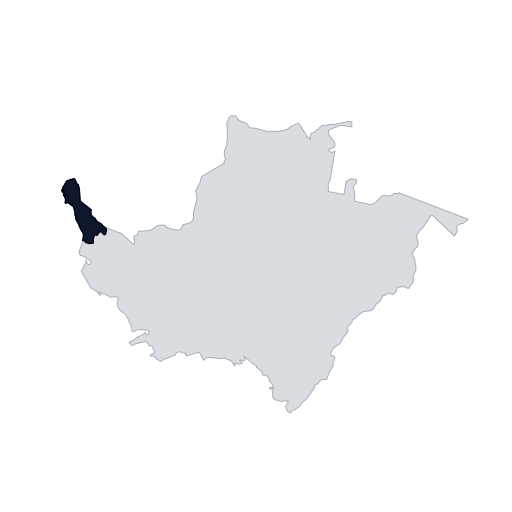 Colombia, with La Guajira highlighted, rotated 280°
{"feature_id": "COL-1318", "entity_name": "La Guajira", "entity_type": "Department", "adm_level": 1, "iso_a3": "COL", "parent_name": "Colombia", "parent_adm1": "", "projection": "orthographic", "projection_center": [-72.284, 11.434], "detail": "fine", "context": "in_parent", "style": "filled", "palette": "ink", "viewbox_px": 512, "rotation_deg": 280, "n_neighbors": 0, "source": "natural_earth", "source_scale": "10m", "svg_char_len": 7107}
<svg xmlns="http://www.w3.org/2000/svg" viewBox="0 0 512 512"><g transform="rotate(280 256 256)"><path d="M295.4,68.3L290.2,70.5L280.1,73.2L273.1,84.7L268.4,86.7L262.5,93.6L258.1,102.0L254.8,119.2L246.0,133.8L246.7,134.4L250.2,133.8L253.5,132.2L254.7,132.7L255.9,135.3L259.8,135.9L263.0,147.7L269.0,153.8L269.7,156.1L270.5,161.0L268.3,164.0L267.7,174.8L269.6,177.5L274.1,178.5L277.1,185.2L279.0,186.8L281.8,187.8L288.4,186.8L300.4,187.9L303.2,187.7L309.9,185.3L318.5,188.1L324.7,188.6L342.0,208.7L343.7,208.1L345.8,209.2L350.2,207.1L353.9,206.8L358.8,207.7L365.2,207.6L378.2,205.4L380.1,204.2L387.2,205.2L389.3,206.7L390.4,210.5L389.6,212.8L387.1,215.2L385.8,218.3L385.5,221.9L384.3,224.7L382.0,226.5L381.1,229.0L381.7,232.4L380.5,247.7L381.5,248.9L382.3,255.2L385.3,263.2L386.8,265.5L389.3,267.4L394.0,274.0L392.9,276.3L381.2,286.9L380.6,289.3L382.9,288.3L386.5,289.2L387.8,291.7L396.5,298.9L396.4,301.6L398.9,307.1L398.5,308.3L404.6,323.7L404.8,327.0L399.7,328.0L399.5,317.6L398.8,315.5L393.1,306.3L391.9,305.6L388.1,306.7L381.8,313.6L378.8,314.7L376.5,313.8L374.1,309.7L372.5,309.0L371.0,312.5L372.9,315.5L345.0,315.8L339.5,314.6L332.0,316.2L331.9,331.9L345.2,332.0L348.8,336.5L348.5,340.1L349.1,341.4L345.9,342.2L341.2,339.8L333.0,342.8L327.0,343.5L326.6,360.8L330.2,365.1L337.3,369.6L338.3,372.7L337.8,375.7L339.5,379.4L341.8,381.3L341.8,383.6L343.0,386.0L329.0,458.5L324.1,454.2L322.3,450.2L319.9,448.6L315.2,449.9L310.2,447.9L326.4,423.3L325.9,421.1L312.4,415.2L311.0,413.7L304.5,410.5L301.0,411.4L298.9,413.0L294.0,413.6L290.0,411.0L285.3,409.3L279.6,413.4L277.9,413.4L273.9,415.2L269.5,415.9L263.9,414.0L259.3,415.3L256.1,415.0L254.9,413.7L250.9,412.2L250.5,410.6L251.6,407.5L249.9,401.5L249.2,400.5L246.1,400.4L242.5,398.2L241.8,396.9L242.6,394.5L241.9,392.4L238.4,387.6L233.5,386.3L228.8,382.3L224.1,380.8L221.9,378.0L219.9,371.5L215.0,366.4L211.6,364.6L210.5,362.2L207.0,361.9L202.2,358.6L200.1,358.3L198.6,359.9L194.2,358.2L190.5,355.7L186.6,355.0L184.0,353.5L179.4,348.8L174.5,346.4L171.6,347.2L170.6,350.7L169.0,351.3L163.3,350.3L162.3,351.0L160.8,350.8L153.8,348.2L146.9,347.1L145.2,341.2L140.8,339.0L139.5,336.3L136.4,336.5L124.6,330.9L119.7,327.1L115.6,325.0L111.3,320.8L110.6,319.1L107.2,316.6L108.9,313.5L112.9,311.3L118.2,313.2L118.8,309.6L116.9,306.3L117.9,299.1L119.3,297.5L122.1,296.1L123.9,296.7L125.1,295.5L129.4,296.1L130.7,295.7L134.0,292.8L135.4,290.5L136.9,290.8L140.4,286.9L139.9,283.0L143.1,282.1L146.6,275.7L148.1,275.6L148.9,272.6L155.0,262.0L152.8,263.2L150.5,262.4L150.9,258.8L150.1,258.4L148.2,261.1L146.5,258.3L147.0,253.7L144.2,254.5L144.4,253.5L148.3,250.1L150.0,242.2L148.8,239.3L148.0,227.5L147.4,225.2L144.2,222.2L149.3,218.9L151.1,216.4L148.9,211.1L145.9,206.6L145.8,204.0L147.6,204.2L148.4,196.9L146.8,194.1L144.6,194.0L138.0,183.0L135.7,180.7L137.5,175.5L139.6,173.2L139.2,169.2L140.5,169.5L143.4,173.1L144.6,172.6L149.2,169.3L149.3,166.1L153.0,162.8L148.0,151.6L146.3,149.8L148.4,146.2L149.6,146.4L151.6,150.0L154.7,152.3L159.3,158.6L161.4,160.0L159.9,161.4L159.6,162.9L160.2,163.7L162.9,163.9L164.0,162.2L163.4,154.7L162.3,150.9L159.8,148.2L160.6,147.0L165.5,145.3L175.5,138.2L179.0,131.5L181.7,129.1L184.6,127.5L188.2,127.9L191.1,127.1L191.9,124.9L190.1,120.2L192.3,113.8L192.3,110.5L193.7,108.6L193.2,107.8L189.6,110.1L193.3,105.6L196.0,98.7L210.6,86.6L220.0,89.6L223.0,89.4L219.0,90.9L218.5,92.7L219.8,94.6L221.2,95.1L222.4,93.9L225.7,86.8L226.1,82.9L227.5,81.5L229.5,81.0L238.7,82.8L247.5,82.2L261.7,72.0L272.5,67.7L275.1,63.5L275.8,60.4L277.7,59.1L279.8,59.1L281.0,57.4L285.9,54.7L291.2,54.4L296.8,56.7L299.3,60.9L299.8,63.8L295.4,68.3ZM129.5,294.8L128.9,295.4L127.6,294.4L127.2,293.2L128.0,292.3L129.0,292.6L129.5,294.8Z" fill="#d9dde1" stroke="#a8b0b8" stroke-width="1"/><path d="M295.2,68.6L294.5,68.6L294.1,68.9L293.3,69.6L292.3,70.0L291.7,70.2L290.3,70.5L288.8,70.9L287.4,71.3L286.0,71.6L284.6,72.0L283.2,72.4L281.8,72.7L280.4,73.1L279.8,73.3L279.3,73.6L278.9,74.2L278.7,74.7L277.9,76.0L277.2,77.3L276.5,78.7L275.8,80.0L275.1,81.4L274.4,82.7L273.6,84.1L272.9,85.4L272.7,85.7L272.2,85.8L271.3,85.6L270.9,85.6L270.4,85.7L269.1,86.2L268.0,86.2L267.5,86.3L267.1,86.6L267.0,86.8L266.9,87.3L266.9,87.5L266.7,87.8L266.2,88.2L266.0,88.5L265.2,90.6L264.8,91.2L264.3,91.6L263.3,92.3L262.6,93.1L262.1,94.2L260.9,97.5L260.3,98.6L258.8,100.3L258.3,101.6L258.0,102.0L257.6,102.5L257.2,103.0L257.0,103.4L257.0,103.6L256.4,103.7L255.5,104.1L255.1,104.2L254.7,104.2L254.2,104.2L253.9,104.1L253.5,103.9L253.1,103.9L252.6,103.9L252.2,104.1L251.8,104.2L251.6,104.1L251.5,103.7L251.3,103.3L251.0,103.0L250.6,102.8L250.7,102.6L250.9,102.3L251.1,102.2L251.6,101.3L252.0,101.1L252.2,100.2L252.6,99.9L252.8,99.3L252.9,99.0L253.2,98.6L252.9,98.2L252.0,97.4L251.0,96.8L250.3,96.6L249.7,96.2L249.0,96.0L248.8,95.7L248.8,95.4L248.9,95.1L248.9,94.8L248.9,94.2L248.7,93.7L248.4,93.3L248.1,93.1L247.7,93.1L246.9,93.0L246.2,92.9L245.7,92.8L244.1,92.8L240.4,93.3L239.9,91.4L239.8,90.4L239.6,90.1L239.4,89.7L239.3,89.2L239.5,88.6L239.6,88.2L239.7,87.0L239.7,86.7L239.7,86.4L239.7,86.0L239.7,85.9L239.8,85.8L240.0,85.7L240.3,85.6L240.6,85.1L240.9,85.0L241.0,84.8L241.5,83.4L241.4,82.7L245.3,82.7L248.0,82.3L248.2,82.1L248.4,81.9L249.1,81.4L249.7,81.0L249.9,80.9L250.0,80.7L250.3,80.1L250.7,80.0L250.9,79.8L251.3,79.3L251.5,79.1L252.3,78.7L253.7,77.4L256.6,75.8L260.8,72.4L261.3,72.1L262.1,71.8L263.6,71.5L264.0,71.4L264.7,70.8L265.2,71.0L265.7,70.7L266.2,70.3L266.8,70.2L268.2,70.1L268.7,70.0L269.0,69.8L269.7,69.3L270.4,69.1L271.5,68.3L272.8,67.8L273.1,67.4L273.5,67.0L273.6,66.7L273.9,65.6L274.8,64.3L275.0,63.4L275.6,62.7L275.7,62.4L275.8,61.9L275.7,60.6L275.6,60.1L275.4,59.9L275.2,59.7L274.9,59.6L275.0,59.2L275.7,58.7L276.5,59.0L279.0,58.5L279.8,58.7L279.7,59.2L278.7,60.2L279.1,60.4L279.4,61.0L279.9,61.2L280.6,60.9L280.8,60.5L280.9,60.2L281.1,60.0L281.3,59.9L281.7,59.9L282.0,59.9L282.3,59.6L282.2,59.4L282.1,59.2L282.0,58.9L282.2,58.7L281.9,58.5L281.8,58.3L281.6,58.2L281.3,58.0L281.0,58.0L280.7,58.1L280.3,58.4L280.2,58.4L280.0,58.0L281.1,57.3L282.0,56.5L282.1,56.4L282.2,56.1L282.7,56.0L282.8,56.0L283.2,55.7L283.4,55.7L283.6,55.8L283.2,56.1L282.9,56.3L282.8,56.7L283.1,57.0L283.3,57.1L283.8,57.0L283.8,56.8L283.8,56.7L284.2,56.7L284.3,56.7L284.7,56.4L285.0,56.2L285.3,55.5L285.2,55.5L285.0,55.4L285.1,55.2L285.3,55.0L285.5,54.9L285.9,54.8L285.8,55.3L285.9,55.5L286.2,55.7L286.3,56.0L286.5,55.9L286.6,55.7L286.3,55.4L286.5,55.3L286.7,55.2L286.8,55.2L287.0,55.0L287.4,54.9L287.7,54.8L287.9,54.5L287.6,54.5L287.4,54.6L287.2,54.8L286.8,54.7L287.0,54.3L287.2,54.2L286.7,54.2L286.5,54.3L286.4,54.5L286.4,54.1L286.5,53.9L286.3,54.0L285.6,54.6L285.4,54.8L285.3,54.7L285.5,54.2L285.9,53.8L286.3,53.6L286.8,53.5L287.3,53.6L288.0,53.9L288.6,54.0L290.3,54.0L290.8,54.1L291.3,54.3L292.0,54.8L292.3,55.1L292.5,55.2L292.8,55.3L293.7,55.3L293.9,55.4L294.4,55.8L294.9,55.9L296.0,56.1L296.8,56.6L297.2,56.9L297.5,57.3L297.7,57.6L297.8,58.1L299.3,60.6L299.4,61.3L300.3,62.6L300.5,63.1L300.3,63.6L300.1,64.2L299.8,64.5L299.1,65.0L297.5,66.0L297.0,66.5L296.6,66.7L296.2,66.8L295.9,66.9L295.8,67.1L295.3,68.4L295.2,68.6L295.2,68.6Z" fill="#0f172a" stroke="#020617" stroke-width="1.5"/></g></svg>